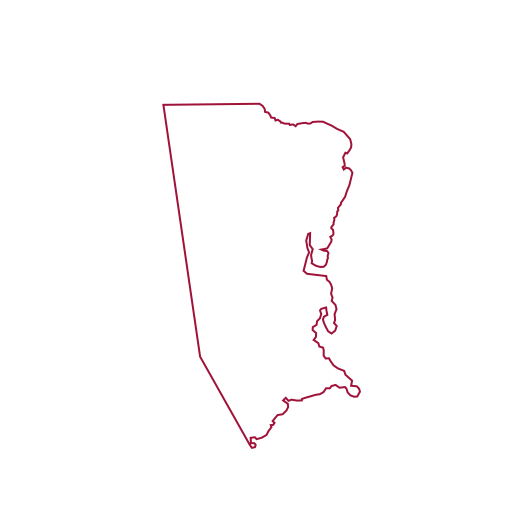 the district of Ngerbau, Ngarchelong, Palau, rotated 39°
{"feature_id": "81905179B4441268560543", "entity_name": "Ngerbau", "entity_type": "district", "adm_level": 2, "iso_a3": "PLW", "parent_name": "Palau", "parent_adm1": "Ngarchelong", "projection": "mercator", "projection_center": [134.643, 7.703], "detail": "fine", "context": "isolated", "style": "outline", "palette": "rose", "viewbox_px": 512, "rotation_deg": 39, "n_neighbors": 0, "source": "geoboundaries", "source_scale": "gbopen_adm2", "svg_char_len": 2696}
<svg xmlns="http://www.w3.org/2000/svg" viewBox="0 0 512 512"><g transform="rotate(39 256 256)"><path d="M370.1,406.7L373.5,407.7L375.5,405.2L374.6,403.0L372.5,402.5L369.9,404.7L366.3,400.7L369.1,397.6L371.8,397.9L374.8,393.6L376.8,388.4L375.9,384.4L375.7,379.3L373.9,378.1L375.6,376.5L375.4,374.0L372.8,373.8L372.8,369.8L372.9,366.0L376.3,362.2L376.9,356.9L376.0,353.1L373.7,350.8L368.0,351.2L368.4,347.5L372.4,348.1L374.0,345.3L378.8,342.6L382.5,339.4L381.7,338.2L383.1,335.8L385.8,332.0L389.5,326.6L392.6,323.2L394.1,319.3L393.7,314.7L396.6,312.4L396.5,309.5L399.0,306.1L403.8,305.8L407.7,301.8L409.8,302.2L413.1,304.3L416.9,304.9L420.7,303.7L423.1,301.5L422.2,296.1L419.7,294.3L416.4,293.8L411.6,297.0L409.1,292.4L400.3,292.0L396.8,289.8L390.5,291.8L385.2,292.2L380.2,290.8L377.0,289.6L374.7,291.8L371.3,290.9L368.1,286.8L365.8,285.0L362.3,286.5L359.3,284.5L353.7,285.0L353.5,281.2L351.2,278.0L346.6,277.9L344.9,275.5L346.4,271.4L344.5,268.2L344.9,264.3L343.3,260.1L340.0,258.0L339.9,256.3L340.8,254.8L342.9,251.9L344.9,253.9L348.5,256.9L347.0,260.4L347.9,263.1L350.8,265.2L355.1,267.3L359.4,269.1L363.5,268.7L364.5,264.2L362.8,259.6L358.8,259.0L357.8,256.0L353.7,251.8L352.0,246.6L348.5,244.0L343.1,243.3L341.7,240.2L338.1,238.1L335.6,233.2L332.3,231.0L329.6,229.9L326.0,229.8L323.2,227.4L306.9,237.7L302.3,237.6L299.7,231.9L296.6,225.3L295.0,219.8L291.0,217.5L285.3,212.4L282.7,206.0L283.7,204.2L289.2,211.4L290.9,213.7L295.8,215.0L298.2,220.6L300.6,222.9L302.7,224.5L303.8,226.6L306.1,226.3L309.0,225.8L312.8,224.1L315.4,221.8L315.8,218.7L314.9,216.2L313.8,214.3L313.2,212.3L311.7,211.0L310.5,208.1L308.3,207.4L305.1,209.3L302.7,209.9L304.6,207.7L306.5,205.3L306.2,202.4L305.8,199.7L305.5,197.5L304.4,195.6L303.1,195.1L301.7,194.3L302.6,192.1L302.5,190.5L301.6,189.3L299.4,187.2L297.2,187.1L296.5,186.4L296.3,182.4L295.2,181.2L294.4,179.0L293.6,177.9L292.7,177.3L293.4,174.6L292.9,172.8L291.9,171.3L291.1,170.3L291.2,168.7L290.4,167.9L289.4,167.0L289.4,165.9L289.5,162.6L288.5,160.9L288.4,158.6L288.0,154.0L285.9,148.6L284.0,142.2L281.6,137.1L279.7,133.1L278.7,130.8L276.0,129.6L273.3,129.3L270.4,130.7L269.8,133.5L267.4,132.4L268.2,130.2L266.9,128.6L261.6,124.5L260.5,119.5L262.3,118.9L262.2,115.6L261.6,111.8L259.7,109.0L255.6,105.9L246.0,104.3L239.1,106.2L232.6,107.1L228.6,108.2L223.5,109.5L219.4,112.7L215.7,116.2L214.8,118.9L213.0,120.5L211.0,121.1L208.3,123.7L205.1,127.4L205.1,130.2L202.0,130.4L199.8,132.9L198.5,132.3L195.0,135.1L192.4,135.9L191.4,136.7L190.5,136.1L187.2,136.4L185.9,138.4L183.7,137.0L180.6,138.9L178.6,137.7L175.4,136.8L172.4,138.3L170.1,136.2L166.8,135.2L162.9,135.5L88.9,196.8L275.9,369.4L370.1,406.7Z" fill="none" stroke="#9f1239" stroke-width="2"/></g></svg>